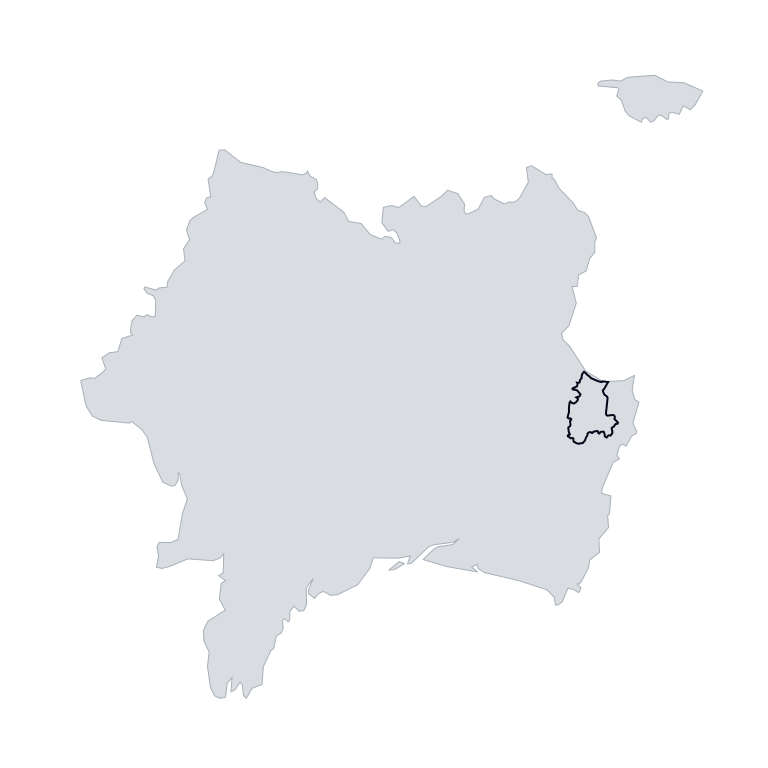 location of Aude within France, rotated 273°
{"feature_id": "FRA-5271", "entity_name": "Aude", "entity_type": "Metropolitan department", "adm_level": 1, "iso_a3": "FRA", "parent_name": "France", "parent_adm1": "", "projection": "albers", "projection_center": [2.266, 43.047], "detail": "fine", "context": "in_parent", "style": "outline", "palette": "ink", "viewbox_px": 768, "rotation_deg": 273, "n_neighbors": 0, "source": "natural_earth", "source_scale": "10m", "svg_char_len": 6593}
<svg xmlns="http://www.w3.org/2000/svg" viewBox="0 0 768 768"><g transform="rotate(273 384 384)"><path d="M592.6,296.3L587.6,299.5L584.7,305.6L581.5,307.2L575.4,307.6L572.3,304.1L565.1,306.9L562.4,310.8L567.0,315.1L553.5,334.8L544.5,340.3L543.1,352.7L532.6,362.4L529.0,372.3L528.7,374.3L531.6,377.3L530.7,383.7L525.3,388.1L525.6,392.1L527.2,392.6L535.6,389.0L538.6,385.1L536.7,380.0L545.0,373.4L560.4,374.1L562.6,382.4L561.0,389.5L572.9,404.2L563.7,411.8L563.3,416.6L574.2,431.3L580.8,437.3L578.0,447.8L567.7,455.1L560.9,454.9L558.1,456.7L558.6,459.9L563.8,469.0L575.6,474.4L577.8,481.4L574.7,484.1L570.0,495.0L572.6,500.2L571.8,502.5L573.2,506.0L576.4,509.4L593.1,517.6L607.6,514.9L609.7,520.0L601.7,534.6L602.6,540.8L598.0,541.2L597.4,543.4L588.6,548.5L574.7,563.5L568.0,568.0L565.7,575.3L561.8,579.5L541.0,588.6L536.9,587.0L526.6,587.6L520.0,582.8L507.5,580.0L503.2,572.7L491.7,571.8L490.9,566.8L474.9,571.8L452.0,565.6L443.9,558.6L437.3,560.6L431.6,567.2L407.4,584.8L397.9,602.7L399.9,623.4L405.7,633.6L390.6,632.1L381.6,635.2L379.3,639.6L357.9,634.5L350.0,638.8L347.8,638.4L345.1,634.1L334.6,629.1L336.2,625.7L334.8,622.6L325.0,620.1L321.6,623.1L317.9,617.0L290.6,607.1L286.1,607.2L284.1,616.5L266.5,615.9L263.9,614.2L252.5,615.8L240.6,606.7L227.1,608.0L219.1,598.7L211.1,597.8L200.0,592.7L195.0,590.1L194.4,587.4L190.9,591.3L186.8,590.2L185.9,588.9L188.8,584.1L189.6,578.3L175.8,573.4L172.2,569.0L172.3,566.8L179.9,565.2L187.1,557.4L194.8,528.5L200.9,494.2L204.5,487.8L208.9,486.2L205.6,481.3L201.2,487.4L205.0,455.9L210.8,432.3L221.9,442.5L224.4,446.8L227.3,461.1L233.6,467.2L229.6,461.3L226.1,442.4L223.7,437.0L206.2,420.5L205.7,416.9L213.6,419.1L210.8,407.2L209.9,382.5L199.2,379.5L182.2,368.2L171.2,348.8L170.2,341.7L173.7,334.4L171.2,329.5L166.3,326.0L170.5,319.8L174.1,319.3L186.3,323.6L176.5,317.0L159.9,318.2L153.5,315.7L152.6,311.2L157.4,305.8L152.1,301.9L142.7,302.2L141.6,300.6L144.6,296.7L142.4,295.0L134.7,296.1L130.4,294.6L126.6,289.6L114.4,287.8L111.8,284.9L95.3,278.3L77.5,277.9L73.3,268.2L62.9,262.9L65.3,260.1L76.2,258.2L78.5,255.8L71.0,251.4L68.6,247.3L82.9,247.6L76.8,243.0L62.9,242.2L61.5,236.5L63.8,231.0L72.2,226.5L92.7,222.5L107.2,223.4L118.0,217.6L128.3,216.5L137.7,220.4L149.9,237.3L160.8,230.8L176.4,231.9L179.4,236.0L183.9,228.9L187.1,233.3L206.2,232.8L201.9,229.7L198.6,222.7L199.1,197.4L190.3,178.7L188.2,171.9L189.1,166.3L200.2,167.9L209.6,165.8L214.0,167.7L214.6,179.5L218.2,186.5L244.1,189.5L259.0,193.7L271.7,187.4L283.6,184.7L284.5,183.1L277.7,183.6L271.6,180.6L270.8,177.4L274.3,168.3L292.4,158.5L318.7,150.3L325.5,144.7L333.2,134.4L331.6,131.7L332.9,103.5L336.8,94.3L346.6,87.6L371.6,80.9L374.7,89.9L374.5,94.9L381.2,102.8L384.5,105.3L395.4,100.9L400.8,108.2L402.4,116.5L415.7,119.8L419.8,130.6L422.2,128.1L430.5,128.5L434.4,129.3L439.9,133.9L438.4,140.5L440.8,143.6L438.7,149.6L440.3,152.1L455.7,151.7L460.2,148.9L462.1,142.8L466.6,139.2L468.4,140.2L465.8,151.5L468.1,154.3L469.4,162.3L475.2,162.7L486.8,168.7L496.7,178.9L508.4,176.7L518.0,182.2L527.5,178.7L536.7,181.5L540.0,184.4L549.2,198.8L555.6,195.5L560.4,197.0L562.1,201.2L579.4,197.6L582.8,201.6L586.5,202.9L608.9,207.1L609.5,212.6L597.8,229.3L593.7,252.3L590.4,260.4L589.4,266.4L590.7,270.3L590.4,276.5L588.6,291.4L590.4,295.6L592.6,296.3ZM699.5,595.3L699.0,604.8L703.0,611.2L706.5,638.1L700.5,651.7L700.6,667.6L693.2,687.1L678.6,679.8L674.0,675.6L677.3,668.1L668.9,664.8L670.3,657.7L669.2,654.3L663.5,654.4L663.1,652.6L666.8,646.9L666.5,643.6L660.8,639.8L659.5,636.2L664.3,631.7L661.7,628.0L658.8,627.3L664.8,614.6L669.3,610.5L679.8,606.2L683.8,601.3L691.0,603.1L692.1,601.9L692.8,582.3L695.2,581.8L697.7,584.2L699.5,595.3ZM207.5,408.4L205.7,413.9L199.1,404.0L198.5,398.7L207.5,408.4Z" fill="#d9dde1" stroke="#a8b0b8" stroke-width="1"/><path d="M406.7,583.1L405.9,584.1L405.6,584.7L405.0,585.2L404.5,585.9L403.7,586.6L403.1,587.4L402.5,588.5L401.7,589.4L400.7,590.4L400.2,591.6L399.9,592.6L399.4,593.8L398.7,595.5L398.4,596.7L398.0,597.7L397.6,599.5L397.3,600.9L397.4,601.5L398.0,601.9L398.1,603.2L397.7,607.0L397.7,607.7L390.4,604.0L389.2,602.9L388.7,602.8L385.3,604.4L384.6,605.1L383.4,607.0L382.8,607.6L381.6,608.0L366.2,607.2L364.6,607.8L364.1,608.8L365.0,613.7L365.0,614.7L364.7,615.4L363.7,616.1L363.0,616.3L361.6,616.0L361.0,616.0L358.7,618.7L357.4,619.7L356.3,618.9L356.5,618.5L356.5,618.1L356.3,617.6L355.9,617.2L355.4,616.7L354.9,616.5L354.0,616.1L353.6,615.9L353.3,615.4L352.9,614.7L352.6,614.2L352.1,613.8L351.6,613.7L351.2,613.8L348.2,614.6L347.3,614.6L346.9,614.5L346.5,614.4L345.4,613.6L345.0,613.4L344.7,613.2L344.4,612.9L344.4,612.3L344.5,611.8L344.5,611.2L344.3,610.8L343.9,610.2L343.5,609.9L343.1,609.8L342.7,609.7L342.4,609.5L342.2,609.1L342.5,608.6L342.8,608.1L343.0,607.7L343.3,607.3L343.6,607.1L344.0,607.0L344.8,607.1L345.3,607.0L347.5,606.1L347.8,605.9L347.9,605.5L347.9,605.1L347.6,603.4L347.4,602.9L347.1,602.5L346.1,601.9L345.8,601.5L345.9,601.1L346.1,600.7L346.5,600.5L347.4,600.3L347.8,600.2L348.1,599.9L348.2,599.5L348.2,598.9L347.7,597.4L347.5,596.4L347.4,595.9L347.1,595.5L346.2,594.8L345.9,594.4L346.0,594.1L346.2,593.7L346.5,593.4L346.7,593.0L346.8,592.5L346.6,591.8L346.4,591.2L346.1,590.7L345.6,590.2L345.1,589.9L343.8,589.8L343.0,589.7L341.9,588.9L341.2,588.6L338.1,587.6L337.7,587.4L337.3,587.1L336.3,586.2L335.9,585.9L335.5,585.6L335.3,585.2L335.2,584.1L335.1,583.4L334.6,582.2L334.5,581.7L334.8,580.2L334.9,579.3L335.1,578.8L335.8,577.9L335.9,577.5L335.9,577.1L336.1,576.7L336.7,576.3L337.8,576.1L339.1,576.0L339.5,575.8L339.9,575.3L339.9,575.0L339.9,574.7L339.7,574.3L339.6,573.9L339.6,573.4L339.7,573.0L339.9,572.6L340.3,572.2L340.6,571.8L340.9,571.5L341.1,571.1L341.1,570.7L341.3,570.4L341.7,570.2L342.5,570.5L342.8,570.8L342.9,571.2L342.9,571.6L343.0,572.0L343.3,572.2L343.7,572.2L344.5,571.7L344.9,571.4L346.4,570.9L350.1,570.3L351.6,571.9L352.0,572.1L352.4,572.2L352.9,572.3L353.4,572.3L354.1,572.2L355.8,571.8L356.4,571.7L357.1,572.0L358.0,572.7L358.4,572.9L358.8,572.8L359.2,572.4L359.4,572.1L359.5,571.6L359.2,570.8L359.2,570.4L359.3,570.1L359.6,569.7L359.9,569.3L360.3,569.1L360.8,569.1L361.8,569.4L365.7,570.2L370.1,569.9L375.1,570.3L376.3,571.0L375.1,572.4L374.5,573.8L374.7,575.2L375.8,576.6L377.1,577.7L378.4,578.4L379.6,578.3L380.7,576.7L381.2,577.8L381.4,578.9L381.8,579.7L382.8,580.3L383.9,580.8L387.8,577.1L388.3,575.2L388.3,573.4L388.5,572.7L389.2,572.5L389.7,572.9L391.6,576.6L392.1,577.0L392.9,577.2L395.1,577.0L395.4,576.8L395.4,578.3L395.8,579.2L396.5,579.4L397.5,579.4L398.1,579.5L399.7,580.6L400.4,580.9L400.4,581.0L402.4,581.0L404.1,581.4L405.4,582.1L406.7,583.1Z" fill="none" stroke="#020617" stroke-width="2"/></g></svg>